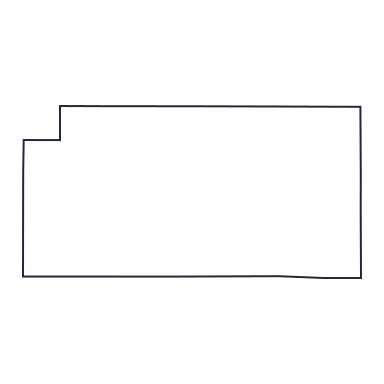 Marathon, Wisconsin, United States of America
{"feature_id": "52423323B47100062979933", "entity_name": "Marathon", "entity_type": "district", "adm_level": 2, "iso_a3": "USA", "parent_name": "United States of America", "parent_adm1": "Wisconsin", "projection": "natural_earth1", "projection_center": [-89.786, 44.901], "detail": "fine", "context": "isolated", "style": "outline", "palette": "slate", "viewbox_px": 384, "rotation_deg": 0, "n_neighbors": 0, "source": "geoboundaries", "source_scale": "gbopen_adm2", "svg_char_len": 383}
<svg xmlns="http://www.w3.org/2000/svg" viewBox="0 0 384 384"><path d="M23.7,140.0L23.2,171.5L23.0,276.5L77.6,276.5L96.3,276.5L132.0,276.6L168.8,276.6L278.6,276.2L323.2,278.0L361.0,278.0L360.7,209.5L360.8,175.6L360.6,141.8L360.4,106.8L298.2,106.6L277.8,106.5L205.3,106.3L132.0,106.2L107.5,106.2L60.0,106.0L60.0,140.1L23.7,140.0Z" fill="none" stroke="#1e293b" stroke-width="2"/></svg>